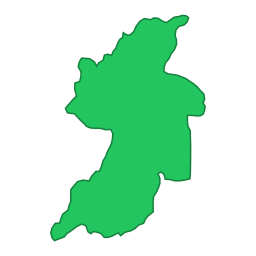 the district of Embu-Guaçu, São Paulo, Brazil
{"feature_id": "56859067B87631402258962", "entity_name": "Embu-Guaçu", "entity_type": "district", "adm_level": 2, "iso_a3": "BRA", "parent_name": "Brazil", "parent_adm1": "São Paulo", "projection": "natural_earth1", "projection_center": [-46.834, -23.853], "detail": "fine", "context": "isolated", "style": "filled", "palette": "green", "viewbox_px": 256, "rotation_deg": 0, "n_neighbors": 0, "source": "geoboundaries", "source_scale": "gbopen_adm2", "svg_char_len": 2002}
<svg xmlns="http://www.w3.org/2000/svg" viewBox="0 0 256 256"><path d="M188.6,17.6L186.0,15.8L182.2,15.4L178.6,16.6L174.3,17.2L169.8,20.3L166.3,22.6L163.0,21.4L158.1,18.3L153.9,17.9L150.6,19.7L144.4,18.6L140.0,21.2L136.3,26.0L133.7,31.7L129.8,35.1L126.7,34.9L123.3,32.7L122.6,37.4L119.8,39.4L118.1,42.4L115.7,48.5L113.3,51.1L111.6,55.4L107.6,54.2L104.4,55.2L103.0,60.3L98.6,63.0L96.7,66.1L94.4,61.9L89.6,58.7L81.7,58.1L79.3,61.9L78.2,66.8L81.0,71.8L81.0,76.1L79.7,81.5L75.0,83.0L74.7,89.1L76.5,96.1L72.8,99.7L68.5,104.7L65.5,108.3L67.3,112.7L70.7,113.4L74.5,113.7L77.3,116.9L80.9,120.7L84.2,123.7L86.5,126.3L89.8,127.8L94.1,128.3L100.2,128.3L105.4,129.7L110.8,129.5L112.8,133.5L112.5,138.4L111.6,142.9L109.8,147.2L107.5,151.5L105.5,156.9L103.1,160.7L101.3,166.9L99.2,171.5L96.0,171.3L91.6,176.3L89.1,180.9L82.9,180.1L77.5,181.7L73.8,185.9L70.9,189.5L70.8,195.1L70.7,201.8L69.0,205.7L68.0,210.1L62.8,214.1L61.1,218.1L59.6,223.1L55.3,223.3L52.0,228.1L50.8,232.9L52.1,237.9L54.5,240.6L59.5,238.7L64.2,236.9L67.0,233.5L71.2,230.7L76.5,226.7L81.6,224.1L85.9,225.7L88.0,231.8L90.9,233.7L93.6,231.5L98.1,232.5L101.2,233.7L104.2,237.3L107.5,237.4L111.5,236.3L115.4,234.3L118.5,232.9L120.6,235.7L125.0,232.3L131.0,230.7L134.8,228.7L138.5,225.1L143.6,223.3L145.2,219.5L147.7,216.3L153.3,211.7L153.1,206.3L153.1,201.7L153.6,196.5L156.3,192.3L158.2,188.3L159.9,183.3L159.8,178.1L157.9,173.5L161.3,172.1L163.9,174.3L165.3,179.3L169.7,179.5L174.5,180.7L178.8,180.9L184.5,180.1L189.8,178.9L190.3,174.9L190.4,169.8L190.5,162.9L190.6,153.3L190.6,144.9L190.2,130.5L188.0,126.5L187.4,121.4L187.4,115.4L192.5,115.4L196.8,115.9L200.3,115.8L203.3,114.0L204.5,110.3L205.2,106.3L203.1,103.3L204.6,99.3L203.9,94.1L200.3,90.5L197.5,87.1L194.0,84.1L189.1,80.8L185.7,78.5L181.9,76.9L177.5,75.3L173.3,74.6L168.0,73.8L163.9,71.6L164.1,67.2L165.6,62.6L168.8,59.0L171.1,53.9L174.6,49.3L176.6,44.2L176.3,39.1L175.1,35.5L175.9,30.0L178.8,26.4L184.2,24.9L187.1,22.0L188.6,17.6Z" fill="#22c55e" stroke="#15803d" stroke-width="1.5"/></svg>